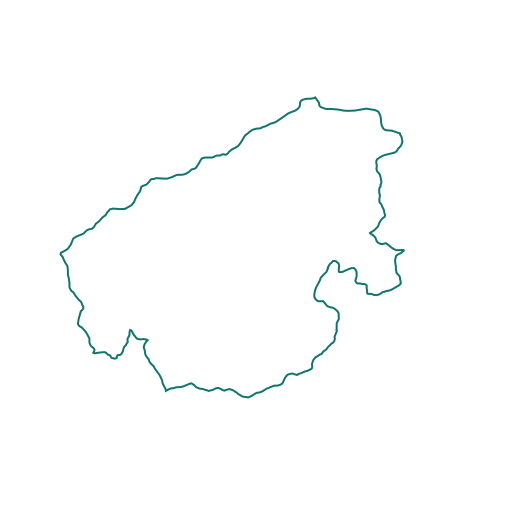 Bumdeling, Tashi Yangtse, Bhutan (Natural Earth projection), rotated 54°
{"feature_id": "84629894B8904358941352", "entity_name": "Bumdeling", "entity_type": "district", "adm_level": 2, "iso_a3": "BTN", "parent_name": "Bhutan", "parent_adm1": "Tashi Yangtse", "projection": "natural_earth1", "projection_center": [91.504, 27.79], "detail": "fine", "context": "isolated", "style": "outline", "palette": "teal", "viewbox_px": 512, "rotation_deg": 54, "n_neighbors": 0, "source": "geoboundaries", "source_scale": "gbopen_adm2", "svg_char_len": 6133}
<svg xmlns="http://www.w3.org/2000/svg" viewBox="0 0 512 512"><g transform="rotate(54 256 256)"><path d="M241.4,67.5L234.6,72.3L230.9,76.6L229.6,77.6L228.2,78.1L226.6,78.0L223.8,77.4L221.4,76.2L218.4,74.3L215.5,72.9L211.9,72.3L210.7,72.3L207.7,74.1L201.6,80.2L196.5,90.5L192.4,96.6L189.9,99.6L187.1,102.2L184.8,104.6L180.5,109.7L178.4,112.7L176.5,114.2L173.6,116.0L172.0,116.4L170.7,115.9L169.1,115.0L162.5,114.9L162.2,116.6L161.4,118.3L160.6,119.8L159.5,121.2L158.4,123.0L157.6,124.7L157.0,126.7L156.9,128.3L157.7,130.1L159.6,131.5L160.9,133.2L161.4,135.0L161.5,136.7L161.4,139.0L160.2,143.2L159.6,146.1L159.4,156.4L159.2,161.2L158.7,163.2L157.6,166.0L156.7,171.6L156.3,173.1L155.7,174.4L155.5,176.3L155.1,177.7L153.1,181.0L152.4,182.9L151.8,185.1L151.8,187.1L151.8,188.9L152.0,190.5L152.0,192.1L152.1,193.9L152.6,195.4L153.5,197.3L155.2,201.4L156.4,205.2L156.5,207.1L155.6,213.2L155.9,216.8L156.4,218.4L156.5,220.4L155.7,221.6L154.6,222.5L153.8,224.0L153.7,225.7L151.8,228.5L151.2,230.3L151.1,232.3L150.2,234.1L146.4,239.3L145.2,242.3L145.7,244.0L147.1,246.9L149.4,252.6L149.3,254.1L148.1,257.5L148.5,259.6L148.5,261.5L148.4,263.0L148.2,264.6L147.7,266.1L147.2,267.3L146.5,268.6L144.3,271.6L143.5,273.7L142.9,277.1L141.9,280.4L141.2,282.3L140.3,283.7L134.9,290.3L134.1,291.6L133.9,292.8L132.2,295.8L133.1,298.8L133.8,302.6L132.6,307.3L132.6,308.1L135.1,311.1L136.9,315.9L138.5,319.4L140.8,323.2L141.7,327.2L140.9,334.2L138.1,338.5L133.6,343.8L132.4,346.8L133.3,350.8L134.5,353.6L134.6,357.8L135.8,363.1L135.7,366.4L137.3,370.2L137.5,372.9L136.3,375.2L135.8,377.9L136.5,382.4L134.6,390.4L134.5,393.7L137.7,398.7L139.5,403.8L139.5,406.0L139.0,410.5L138.7,411.9L139.8,413.2L143.2,413.0L144.9,413.5L149.6,414.3L151.2,414.3L153.0,414.5L154.6,415.1L157.3,416.8L158.4,417.6L161.3,419.6L163.0,420.1L166.1,421.6L169.3,423.5L170.7,424.7L172.4,425.5L174.3,425.8L176.1,425.8L177.8,425.2L179.3,425.2L182.3,425.4L186.9,425.1L190.3,424.5L191.9,424.8L193.7,425.4L195.5,425.5L196.9,426.6L197.6,428.3L197.7,430.2L202.9,436.7L206.2,439.9L207.6,440.2L209.2,440.0L210.4,439.4L212.0,438.9L214.6,438.6L217.6,438.4L220.3,438.6L225.0,439.3L227.6,441.3L228.8,441.9L230.1,442.2L232.0,442.4L235.3,441.5L236.8,441.7L238.1,443.1L238.7,444.5L239.9,443.8L241.3,440.9L243.6,436.8L245.1,434.7L247.1,434.0L248.6,433.9L248.9,433.6L250.4,432.6L251.6,432.6L253.4,432.8L256.0,430.6L256.7,428.9L255.5,427.6L254.9,426.1L256.0,424.5L256.2,422.7L254.8,419.6L252.7,417.2L251.9,415.6L251.7,413.7L250.8,412.2L250.4,410.5L247.6,408.8L246.1,405.8L245.0,404.3L243.9,403.6L242.9,402.7L241.9,401.3L243.3,400.6L247.7,401.2L250.9,401.1L252.8,400.9L254.2,399.9L255.5,398.5L256.3,397.4L257.0,395.9L259.0,393.9L260.4,393.2L261.0,395.8L261.8,397.8L263.5,400.2L264.9,400.9L266.5,401.3L270.0,403.1L271.2,403.5L272.9,403.7L276.4,403.5L278.1,404.1L279.7,404.4L282.2,404.2L284.2,403.7L285.7,403.7L287.7,404.0L295.5,404.0L300.0,404.7L301.5,405.1L304.4,406.5L310.4,407.3L312.2,408.2L312.5,404.9L313.2,402.3L313.9,401.5L314.5,400.3L315.4,397.5L317.5,394.5L318.2,392.8L318.9,391.1L319.7,387.3L320.8,383.5L321.5,382.8L322.8,382.5L323.9,381.9L327.2,381.4L328.6,380.4L330.1,379.6L332.1,377.5L335.8,374.6L337.3,373.7L338.9,369.6L339.5,366.1L340.4,364.3L342.9,362.5L344.4,362.1L346.4,360.7L346.5,359.7L348.0,355.7L351.5,353.3L353.1,352.8L355.2,351.9L357.0,351.6L362.0,349.4L364.8,346.4L365.7,345.6L366.1,344.6L366.7,341.1L366.7,339.4L367.1,335.8L368.4,333.6L369.3,330.3L369.5,325.6L370.1,323.8L370.3,322.3L371.4,318.3L372.0,316.8L373.2,315.3L373.9,313.8L374.4,312.2L374.6,310.5L374.5,309.6L374.0,308.2L373.2,307.0L371.5,303.9L370.6,300.6L371.1,298.5L372.0,296.5L372.8,295.3L374.2,294.6L375.1,293.6L376.2,292.9L376.5,292.4L376.3,291.7L376.7,290.1L377.3,288.5L378.1,284.5L379.1,282.0L379.8,278.3L379.7,277.0L379.5,276.5L378.2,275.2L376.6,274.5L374.9,272.4L373.7,270.4L372.9,267.2L373.2,265.4L373.2,262.7L373.8,260.7L372.8,257.6L372.9,254.5L372.5,252.6L372.1,251.8L371.9,250.7L371.7,248.7L371.2,246.4L371.4,244.6L370.7,242.5L369.3,240.8L368.5,240.5L367.5,239.9L364.2,234.6L363.0,234.4L362.7,233.8L357.9,230.3L356.8,228.4L355.9,226.3L350.9,222.8L349.7,222.6L348.4,222.6L344.9,223.4L343.0,224.2L341.1,226.1L338.9,227.6L338.0,227.9L336.4,227.9L331.9,228.3L329.6,231.8L327.7,232.9L325.7,233.2L323.5,232.9L321.8,231.8L318.8,228.8L316.8,225.8L313.1,218.3L311.9,216.9L311.4,215.4L310.7,211.5L310.3,208.5L309.5,206.9L308.8,206.2L308.4,205.0L307.6,204.7L307.1,203.7L306.0,201.2L305.7,198.3L305.3,196.7L305.8,195.9L307.4,194.3L309.0,194.1L310.3,193.5L313.2,194.7L314.2,195.9L314.9,196.3L316.5,197.7L317.3,198.1L317.8,198.1L318.7,197.1L319.9,194.8L320.1,193.1L320.5,191.6L320.8,190.0L321.7,186.4L323.2,184.0L324.0,183.7L325.6,183.5L328.0,184.0L331.5,186.5L332.5,187.6L333.9,189.6L334.4,190.1L335.4,190.4L336.0,190.3L336.9,190.5L337.8,190.1L339.4,188.0L340.5,187.1L342.6,184.6L344.0,183.9L344.7,183.7L345.3,184.0L346.4,185.0L349.2,186.5L351.2,187.8L352.1,187.9L352.7,187.5L353.1,186.6L354.7,184.8L357.0,183.3L358.4,181.6L359.4,179.3L359.7,177.2L359.7,174.5L360.5,173.1L360.7,171.8L362.4,168.1L362.9,166.1L363.8,157.6L363.7,156.3L363.3,155.1L361.3,153.8L359.1,152.9L358.4,152.3L356.6,151.8L352.0,152.2L351.3,151.7L349.0,150.6L347.6,149.7L347.1,149.2L341.6,146.4L338.3,142.7L338.2,140.0L338.8,137.0L338.6,133.3L338.2,133.1L337.8,133.3L336.8,134.6L335.0,137.4L333.9,138.7L332.5,139.8L331.3,140.5L329.5,141.2L324.9,142.4L322.1,143.4L321.6,144.3L320.5,147.3L318.5,148.7L317.0,149.4L315.2,149.7L311.2,148.6L309.5,148.8L307.1,149.3L306.4,149.9L304.4,150.3L304.3,149.5L304.7,146.9L304.5,143.8L303.8,139.8L303.1,138.9L301.4,136.2L300.6,134.3L299.9,131.7L299.9,128.9L298.9,127.5L296.7,126.9L294.7,125.8L292.5,125.2L289.8,124.8L288.8,124.4L287.2,124.3L285.4,124.4L284.6,124.2L282.6,122.9L279.9,120.1L277.2,119.1L274.6,117.2L273.5,116.0L272.7,114.0L271.6,113.5L270.8,111.9L269.3,110.7L263.5,108.1L261.7,107.9L258.8,108.2L257.2,107.8L255.9,107.0L254.8,105.9L253.7,105.1L250.5,103.4L249.7,102.5L249.0,101.4L248.9,98.1L249.4,94.9L249.8,93.1L250.4,91.4L253.4,84.2L253.9,82.7L253.9,81.3L253.6,79.9L252.7,77.9L252.1,74.5L251.7,73.3L249.6,70.3L244.7,68.1L243.1,68.2L241.4,67.5Z" fill="none" stroke="#0f766e" stroke-width="2"/></g></svg>